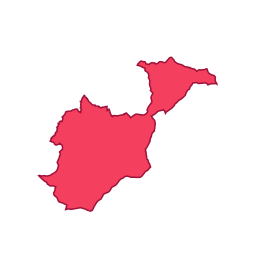 Predeal, Brasov, Romania (Natural Earth projection), rotated 328°
{"feature_id": "2599482B30401095830513", "entity_name": "Predeal", "entity_type": "district", "adm_level": 2, "iso_a3": "ROU", "parent_name": "Romania", "parent_adm1": "Brasov", "projection": "natural_earth1", "projection_center": [25.612, 45.498], "detail": "fine", "context": "isolated", "style": "filled", "palette": "rose", "viewbox_px": 256, "rotation_deg": 328, "n_neighbors": 0, "source": "geoboundaries", "source_scale": "gbopen_adm2", "svg_char_len": 5777}
<svg xmlns="http://www.w3.org/2000/svg" viewBox="0 0 256 256"><g transform="rotate(328 128 128)"><path d="M226.6,137.9L226.8,137.4L226.8,134.8L227.7,133.2L227.8,132.3L228.9,131.5L229.0,131.0L229.0,129.9L228.7,128.9L227.7,128.1L227.3,127.3L226.8,126.9L226.6,126.2L226.0,125.5L225.7,125.0L225.6,122.6L225.7,121.8L226.1,120.8L226.3,120.1L226.2,119.6L225.8,119.3L224.0,119.1L223.0,118.5L221.3,117.9L219.6,116.5L219.3,116.4L218.3,116.2L217.3,116.3L216.3,116.3L216.1,115.0L215.6,113.3L214.1,111.9L212.9,110.5L212.6,110.0L212.6,109.6L212.1,109.7L212.0,109.3L211.6,109.3L211.3,108.5L211.0,107.9L210.5,107.6L209.3,106.7L208.5,105.8L207.8,104.0L206.7,102.3L205.4,101.2L204.8,100.2L204.1,99.5L203.3,97.8L203.1,97.0L202.7,96.2L202.7,95.6L202.9,95.3L203.0,94.5L202.8,93.5L202.6,93.1L202.5,91.8L202.3,91.1L201.0,90.5L199.4,90.7L198.7,91.1L197.3,91.4L195.6,92.1L193.9,92.1L192.9,91.4L192.6,90.8L191.9,89.9L190.5,88.8L189.9,88.6L189.0,88.6L187.1,89.0L185.9,88.6L185.3,88.1L185.1,86.8L184.4,86.7L183.0,85.3L181.3,85.0L180.4,85.0L179.7,85.4L179.2,85.2L178.8,84.5L178.2,84.1L178.1,83.8L177.2,83.3L177.2,82.9L177.6,81.5L177.4,80.7L176.3,80.1L174.7,78.2L174.0,78.1L173.4,78.1L169.9,79.1L169.1,79.7L170.7,81.3L172.0,83.1L172.7,84.6L174.1,86.3L172.8,88.4L173.8,90.6L174.2,92.3L173.3,94.8L172.0,96.1L171.9,97.8L171.4,99.9L169.8,101.6L169.0,103.4L168.2,106.9L166.9,108.1L167.6,111.4L166.4,112.4L164.9,113.2L163.7,114.2L162.1,118.6L156.5,120.9L153.9,122.6L153.7,123.0L153.5,124.2L153.1,124.6L151.7,125.3L150.6,125.5L148.8,125.5L148.0,125.3L147.4,124.6L145.5,123.4L144.8,122.5L142.8,120.9L141.9,120.4L140.9,120.3L135.6,120.6L135.6,118.7L135.2,117.0L134.9,116.7L134.8,115.1L134.6,114.5L134.2,114.2L132.6,114.5L132.6,114.0L131.9,113.9L131.6,114.5L129.3,113.6L128.5,113.1L127.3,112.8L125.7,112.2L124.2,111.3L123.5,110.5L122.9,110.1L122.0,109.8L121.3,110.1L120.2,110.1L120.4,110.0L120.8,109.5L120.8,109.4L120.6,109.2L120.8,108.7L120.6,108.6L120.4,108.3L120.9,106.0L121.8,102.6L121.8,101.9L119.6,102.2L121.0,99.5L121.7,98.6L120.7,98.1L118.3,97.4L117.3,96.7L115.7,96.7L115.6,96.3L114.9,95.5L115.0,94.7L114.3,94.5L114.3,93.6L111.9,92.2L112.1,90.9L110.9,90.6L109.7,88.5L109.7,87.7L109.4,86.6L108.8,84.9L108.8,83.9L109.0,82.9L108.7,82.1L109.1,81.6L108.7,80.5L108.4,80.2L108.7,79.8L108.1,79.1L108.0,78.4L108.2,77.7L108.4,77.6L108.1,77.1L106.4,77.9L105.2,78.3L102.3,80.8L102.0,80.9L101.8,80.3L101.7,80.2L101.6,80.3L101.7,80.9L101.7,81.3L101.2,82.1L100.3,83.2L98.9,85.8L98.2,85.8L98.3,87.1L98.2,87.3L98.3,87.7L98.2,87.9L97.1,88.3L97.0,88.6L96.6,88.8L96.4,88.7L96.2,89.0L96.4,89.5L96.0,89.5L95.7,89.6L95.6,89.0L95.3,88.6L95.2,88.3L94.8,87.9L94.8,87.5L95.0,85.4L94.9,85.0L94.5,84.7L93.0,84.0L91.6,83.8L90.3,83.3L89.8,83.3L88.8,83.5L87.6,82.8L84.6,81.4L83.6,81.4L83.0,81.9L82.8,82.3L82.2,82.7L80.0,83.4L77.9,83.8L78.1,84.6L77.9,84.9L77.8,85.5L75.5,87.6L75.2,87.4L75.1,86.9L74.4,86.4L73.2,86.5L72.3,87.5L71.7,87.6L71.5,87.1L71.2,87.0L71.0,87.9L70.9,88.0L71.2,88.1L71.2,88.3L70.9,88.3L70.3,88.7L69.6,89.5L68.9,89.4L68.2,89.6L68.4,89.9L68.0,90.5L68.0,91.0L67.6,91.0L67.4,91.2L67.2,91.7L66.7,92.0L66.8,92.3L66.4,92.6L66.1,93.3L65.2,93.4L64.8,93.3L63.9,93.6L63.4,94.2L63.4,94.7L62.9,94.6L62.6,95.1L62.0,95.4L61.8,95.4L61.4,95.2L61.3,95.4L61.5,95.6L61.2,95.7L60.8,95.4L59.8,95.3L57.9,95.8L58.1,96.3L56.9,96.4L56.6,96.8L56.2,97.5L55.2,97.6L55.8,97.8L55.1,97.9L55.9,99.3L56.7,100.0L57.4,101.3L57.2,102.8L57.7,104.1L58.9,104.8L60.0,104.6L61.3,105.5L62.1,104.9L62.1,105.8L62.3,106.5L62.8,107.0L63.0,107.9L62.0,110.1L61.0,111.4L60.2,111.4L57.3,112.0L57.1,112.2L56.9,114.3L55.1,115.5L53.1,117.4L52.1,117.9L51.0,118.8L50.0,119.3L49.6,120.0L49.4,122.3L49.1,123.1L46.0,125.8L44.4,126.6L43.1,126.9L42.0,127.0L39.2,126.8L37.1,127.0L35.0,126.3L34.0,125.9L30.7,123.4L29.4,123.2L28.0,121.4L27.0,121.1L28.0,125.4L29.0,128.6L29.4,129.6L30.0,130.0L30.2,131.1L30.1,132.3L29.9,132.6L31.0,135.2L31.4,136.0L33.3,137.0L33.9,137.4L35.2,139.0L35.2,139.6L35.4,139.9L34.7,140.0L32.9,142.2L30.4,143.8L29.8,145.3L30.0,147.1L30.7,148.7L30.9,149.9L30.4,151.6L30.3,153.7L30.5,154.3L32.7,156.8L35.0,160.4L35.2,161.1L31.9,164.1L34.3,164.9L35.1,165.4L36.3,166.6L37.0,167.0L45.5,170.4L48.4,173.6L50.2,176.4L51.2,177.6L52.2,178.6L53.4,178.9L53.8,178.9L55.1,178.4L57.6,176.7L61.4,174.8L63.0,174.2L64.5,173.8L67.2,174.0L70.3,172.4L71.0,171.9L72.4,171.1L73.0,171.3L75.7,171.6L76.6,171.9L77.5,171.9L79.5,171.5L80.4,171.1L81.5,170.2L82.0,170.2L83.2,169.6L84.1,169.8L87.0,169.9L87.9,169.8L90.5,168.9L92.2,168.1L94.6,167.5L97.4,167.8L98.6,167.6L99.9,167.6L101.3,168.1L102.6,169.1L104.0,170.9L105.2,171.8L107.6,173.3L108.5,174.1L111.9,176.1L113.2,176.3L114.5,176.1L117.2,175.2L118.5,174.5L119.8,174.2L122.5,174.3L125.2,173.3L126.0,173.3L126.4,173.1L126.3,172.8L126.6,172.6L126.7,171.8L127.3,169.8L127.2,168.4L127.4,167.4L127.6,166.7L128.0,165.8L127.6,164.3L128.2,162.7L129.2,161.0L129.1,160.4L129.2,160.2L130.1,158.9L130.1,158.5L130.6,158.0L130.5,156.5L130.9,156.4L131.5,155.9L131.7,155.7L131.8,155.0L133.4,154.6L135.8,153.2L136.5,152.9L137.6,152.1L139.3,151.2L139.9,150.7L140.1,150.1L140.9,149.4L141.2,148.8L141.6,148.7L143.3,147.6L145.1,145.6L147.5,144.7L148.7,144.6L149.2,143.8L150.7,142.2L151.7,140.8L152.1,140.5L152.8,139.3L153.2,139.0L153.7,138.3L154.1,136.8L154.5,136.0L154.6,135.2L154.3,134.6L154.2,130.2L157.5,130.5L159.3,130.3L161.4,129.8L162.1,129.8L163.7,130.0L165.5,130.8L167.4,131.1L167.4,131.5L167.9,132.1L168.0,132.4L167.8,134.4L167.5,135.4L168.8,134.8L169.7,134.7L175.6,134.4L179.4,133.4L179.8,132.8L180.7,132.5L182.0,132.4L185.9,131.5L188.7,131.6L191.3,131.2L193.9,130.6L195.9,129.0L198.0,127.9L199.3,127.4L200.7,127.7L202.0,126.4L203.0,125.9L204.4,125.5L207.0,124.2L210.5,126.0L211.2,127.5L217.5,130.8L218.4,131.8L218.6,132.7L218.6,133.8L220.1,134.0L222.1,134.6L226.2,137.0L226.6,137.9Z" fill="#f43f5e" stroke="#9f1239" stroke-width="1.5"/></g></svg>